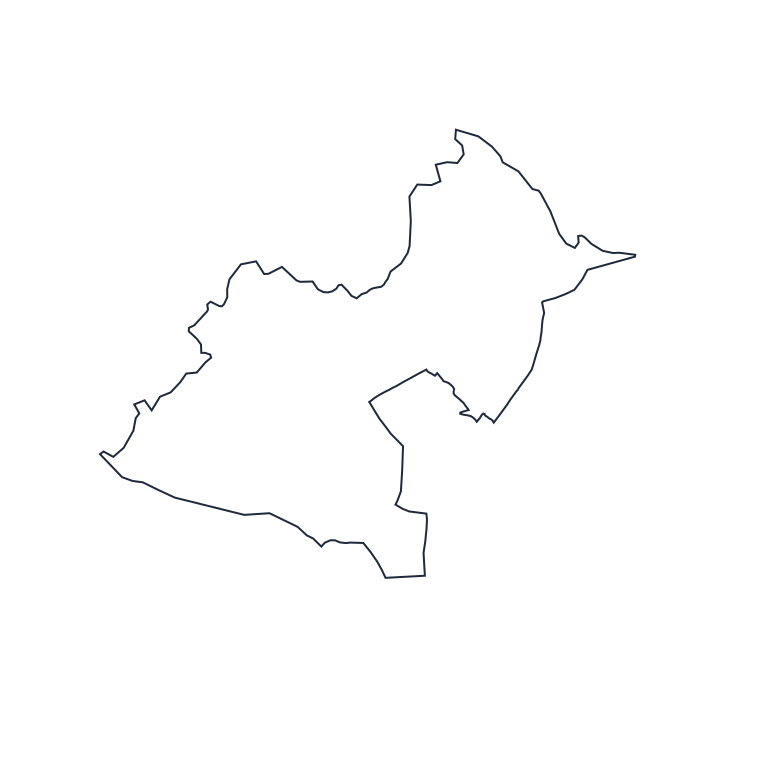 outline of Sokoto North, Sokoto, Nigeria, rotated 331°
{"feature_id": "59680162B91492845849591", "entity_name": "Sokoto North", "entity_type": "district", "adm_level": 2, "iso_a3": "NGA", "parent_name": "Nigeria", "parent_adm1": "Sokoto", "projection": "robinson", "projection_center": [5.234, 13.066], "detail": "fine", "context": "isolated", "style": "outline", "palette": "slate", "viewbox_px": 768, "rotation_deg": 331, "n_neighbors": 0, "source": "geoboundaries", "source_scale": "gbopen_adm2", "svg_char_len": 3082}
<svg xmlns="http://www.w3.org/2000/svg" viewBox="0 0 768 768"><g transform="rotate(331 384 384)"><path d="M473.3,275.7L468.3,280.8L457.3,286.9L444.3,288.8L438.0,294.0L434.6,295.5L432.2,297.0L428.6,297.6L424.4,296.1L421.0,295.0L417.4,294.7L413.0,295.6L411.7,295.3L408.0,294.6L401.7,295.8L398.3,291.2L397.3,285.0L395.0,276.5L392.0,275.6L390.2,276.6L388.5,277.5L383.8,277.9L379.3,276.7L375.5,274.2L372.1,269.1L371.2,259.7L360.2,254.0L357.7,251.0L351.5,232.1L336.3,231.6L332.5,229.7L331.6,214.7L316.9,210.0L299.6,217.5L292.8,225.0L289.0,232.1L282.8,236.6L279.9,237.5L277.6,235.8L272.2,227.9L267.9,228.8L266.2,233.5L264.3,234.8L249.8,239.6L246.5,240.7L240.6,240.3L238.8,243.3L242.2,253.6L243.1,260.7L239.3,268.2L242.6,270.0L246.2,274.0L245.6,277.1L238.4,278.5L225.8,283.2L216.1,279.0L206.8,283.6L193.3,287.9L181.9,286.5L173.9,291.1L168.0,294.4L166.7,282.2L155.7,280.8L155.7,291.1L150.3,293.5L142.2,303.3L125.4,313.6L111.9,316.5L106.0,307.1L101.6,307.7L109.8,338.6L117.1,346.9L125.4,353.1L135.1,367.1L146.0,382.0L198.3,430.7L221.2,441.5L239.2,467.1L243.1,479.0L247.1,484.7L250.4,495.8L255.3,494.1L261.4,494.7L265.4,497.0L268.7,501.2L273.3,504.5L277.7,506.4L288.8,513.0L290.8,524.5L292.0,536.6L291.9,545.8L291.4,554.3L326.8,571.5L336.7,550.9L344.3,541.0L346.9,537.1L350.6,531.9L356.0,523.2L358.2,517.9L344.3,507.7L339.9,502.4L335.6,495.1L340.0,491.9L346.8,486.0L358.3,467.9L370.5,447.6L365.8,430.7L365.1,425.0L363.2,412.0L362.7,401.1L362.5,394.0L362.3,392.6L365.8,392.2L367.5,391.8L369.2,391.6L374.5,391.3L379.7,391.3L386.3,391.6L389.5,391.5L394.1,391.8L401.6,391.6L410.8,391.7L421.2,391.7L426.2,391.9L428.0,391.9L428.1,393.6L428.6,395.1L430.5,397.9L431.9,400.3L432.6,401.5L435.8,400.3L437.3,408.5L437.4,410.3L440.9,414.3L442.1,417.3L442.9,419.9L442.9,422.5L441.3,424.3L440.4,425.8L440.4,428.0L441.9,431.8L443.1,435.3L444.4,439.2L444.9,444.1L445.4,446.9L445.4,447.8L443.5,447.3L441.7,447.0L440.0,446.5L436.8,446.0L436.3,447.1L438.8,449.5L441.9,451.9L444.5,454.4L445.9,457.1L446.6,459.9L446.8,460.9L446.9,462.0L451.0,460.4L454.8,458.3L455.7,458.1L456.5,458.0L456.9,458.6L457.1,458.9L457.3,459.0L457.2,459.2L457.2,459.4L457.1,460.2L457.3,460.8L457.7,461.6L458.2,462.4L458.6,463.2L458.9,464.0L459.3,465.0L459.7,465.8L460.1,466.3L460.6,466.9L461.1,468.4L461.3,469.4L461.3,470.2L461.3,471.0L472.0,466.2L481.5,461.8L487.0,458.9L496.2,454.6L498.2,453.9L499.9,452.8L503.6,451.1L514.4,446.1L520.0,443.1L523.5,439.9L531.5,431.9L538.6,425.2L541.9,421.7L543.6,419.2L546.9,415.0L550.5,409.5L553.6,405.0L555.9,402.3L558.5,399.6L561.8,389.3L563.2,388.9L568.4,390.1L575.5,391.9L587.2,393.4L596.2,393.9L607.9,388.8L617.3,382.8L665.2,394.3L666.4,392.8L653.6,383.4L647.7,380.4L639.8,373.5L633.3,361.9L630.6,352.9L628.8,350.0L625.6,348.7L622.7,354.8L616.9,357.5L611.5,349.6L610.0,337.7L613.2,313.8L613.5,293.9L613.1,290.0L608.3,285.4L604.7,263.3L595.3,247.6L596.2,241.4L593.5,228.8L586.6,213.2L570.2,196.5L565.0,204.3L568.0,213.3L565.0,221.8L555.4,226.3L546.7,220.6L535.6,217.3L531.6,234.1L521.9,233.0L509.8,225.7L497.1,232.4L486.5,254.4L473.3,275.7Z" fill="none" stroke="#1e293b" stroke-width="2"/></g></svg>